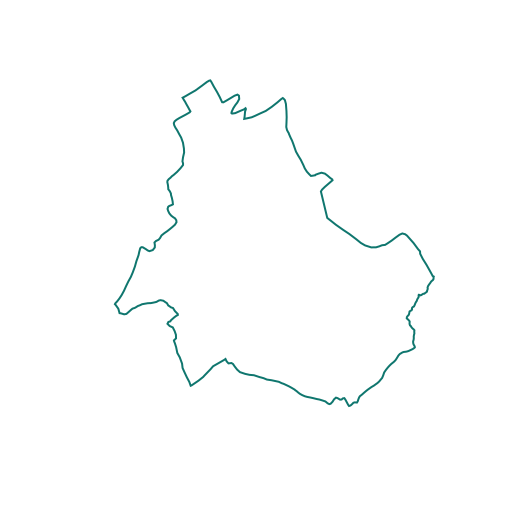 the district of Svay Antor, Prey Vêng, Cambodia, rotated 152°
{"feature_id": "14789045B38642504760800", "entity_name": "Svay Antor", "entity_type": "district", "adm_level": 2, "iso_a3": "KHM", "parent_name": "Cambodia", "parent_adm1": "Prey Vêng", "projection": "albers", "projection_center": [105.453, 11.505], "detail": "fine", "context": "isolated", "style": "outline", "palette": "teal", "viewbox_px": 512, "rotation_deg": 152, "n_neighbors": 0, "source": "geoboundaries", "source_scale": "gbopen_adm2", "svg_char_len": 5468}
<svg xmlns="http://www.w3.org/2000/svg" viewBox="0 0 512 512"><g transform="rotate(152 256 256)"><path d="M246.5,430.2L246.4,428.9L246.4,427.7L246.2,425.6L246.2,422.7L246.1,419.2L246.1,416.3L246.0,414.5L247.0,414.0L248.6,413.9L251.7,413.8L255.2,413.8L258.8,413.8L262.2,413.6L264.6,413.1L266.2,411.9L266.8,409.9L266.9,407.3L266.6,403.9L266.6,399.6L266.5,395.7L267.3,390.3L269.2,384.7L270.9,381.1L274.1,377.4L276.5,374.1L276.9,372.1L277.7,370.6L281.3,369.0L286.2,367.3L290.8,366.2L292.9,365.9L294.6,365.3L297.0,364.8L298.8,364.0L299.6,362.9L300.4,360.1L301.3,357.8L302.1,356.1L301.7,353.6L301.8,351.1L302.4,349.8L303.0,346.8L304.0,343.3L305.1,340.6L306.4,340.6L309.2,340.9L310.4,340.7L312.0,339.1L312.4,337.0L312.5,334.3L311.9,331.4L310.9,329.2L309.8,327.2L309.6,325.0L310.3,323.2L312.8,321.7L316.0,320.9L319.4,320.2L322.7,319.6L326.2,319.2L329.8,318.5L332.3,316.9L334.3,316.1L337.3,316.2L339.3,315.6L340.2,313.0L341.4,311.0L344.4,309.7L347.8,310.3L349.0,311.7L350.1,313.9L351.9,316.9L353.1,317.6L354.6,317.2L357.3,314.3L359.2,312.0L360.7,310.6L364.0,307.6L367.9,303.5L372.6,299.3L376.3,296.3L380.6,293.5L384.3,290.8L385.1,290.2L389.0,287.2L393.1,284.5L396.6,282.6L399.9,281.1L402.3,280.3L403.2,279.7L402.9,278.7L402.6,276.4L402.3,274.2L402.5,273.2L403.3,269.6L402.0,268.6L399.8,266.4L397.6,265.7L394.6,266.4L391.7,267.1L389.8,267.5L388.5,267.3L387.7,267.1L386.2,267.1L383.8,267.3L381.7,267.0L379.2,266.9L376.1,265.9L373.7,265.1L371.0,263.8L369.1,263.2L367.0,262.6L365.4,262.2L362.7,262.3L361.0,261.8L358.8,260.0L358.2,258.8L357.7,257.8L356.8,256.2L356.7,253.5L356.0,252.3L355.2,250.6L353.7,249.0L353.5,246.1L353.4,245.2L352.3,241.5L352.7,240.6L354.5,240.6L357.0,240.2L359.5,239.6L361.5,239.1L362.3,238.5L364.3,238.9L366.0,237.7L365.1,234.7L363.0,232.0L363.1,227.9L363.7,224.0L365.3,220.8L368.1,220.0L368.4,218.9L368.6,216.9L369.3,213.1L371.0,207.3L370.9,202.3L371.8,195.7L373.4,191.6L373.7,187.3L374.0,181.5L374.0,176.1L374.6,172.1L373.7,172.0L365.4,172.9L361.6,173.6L359.4,174.0L357.8,174.6L348.9,177.5L347.2,178.2L345.6,178.8L332.7,179.2L331.3,179.4L331.4,176.8L330.7,174.1L327.9,173.0L327.0,171.4L326.7,168.6L326.0,164.6L324.7,161.0L320.9,157.0L317.5,154.1L313.8,151.7L309.5,147.2L308.8,146.6L306.6,144.5L304.4,141.8L300.6,139.0L294.9,134.2L293.0,131.6L292.4,131.0L291.5,130.0L290.3,128.4L288.2,125.6L286.5,123.0L284.5,119.7L284.4,119.1L283.7,117.9L282.9,115.8L282.0,113.8L280.6,111.6L278.7,109.2L276.9,107.5L274.4,105.5L272.3,103.7L269.4,101.1L267.4,99.5L265.2,97.3L263.0,95.0L261.9,92.3L260.8,90.8L259.5,90.5L256.8,91.4L254.4,92.8L251.9,93.4L250.7,92.2L249.2,89.7L247.8,89.1L246.1,89.5L244.7,89.0L244.5,86.9L244.5,84.4L244.5,81.5L244.3,79.9L243.5,79.7L242.2,79.7L240.3,80.2L238.9,80.7L237.5,80.4L236.3,79.6L235.6,79.2L234.2,80.1L233.0,81.3L231.5,82.6L230.2,83.4L227.4,83.9L225.0,84.5L222.3,85.1L220.1,85.5L217.8,85.8L215.5,86.1L212.8,86.2L210.7,86.5L208.4,86.8L206.1,87.4L204.2,88.2L201.9,89.1L199.7,90.9L197.5,93.0L194.6,94.5L191.8,95.7L189.6,96.5L187.2,97.2L184.0,97.8L181.8,98.5L180.3,99.3L178.4,100.4L177.1,101.2L175.8,101.7L174.8,102.0L173.8,102.0L172.8,102.1L171.8,102.1L170.6,101.9L169.8,101.6L168.8,101.2L167.9,100.9L166.0,100.5L163.9,100.4L162.3,100.3L161.3,100.3L160.0,100.4L158.7,100.7L158.4,101.4L158.3,102.5L158.4,103.8L158.2,104.9L157.7,106.2L157.3,106.9L156.2,108.0L155.3,109.3L154.5,110.9L153.6,112.1L152.5,113.3L151.9,114.7L151.0,116.1L151.2,117.1L151.8,118.6L152.2,120.2L152.1,121.1L152.6,122.4L152.3,124.0L151.1,126.0L151.1,126.8L151.7,129.0L152.2,130.1L151.5,131.2L150.6,131.7L148.6,132.4L147.5,133.6L146.5,134.9L145.2,135.1L144.2,135.0L143.3,135.6L143.0,136.4L142.3,137.1L141.4,137.3L140.2,137.3L138.7,138.4L137.6,139.4L136.3,140.3L135.4,140.7L134.6,141.4L134.0,142.0L133.0,142.6L132.1,143.1L131.5,143.6L131.1,144.6L130.5,145.3L129.9,144.9L129.4,144.1L128.4,143.9L126.9,144.1L126.0,144.1L125.1,143.7L123.5,144.0L122.2,144.1L121.6,144.5L121.1,145.2L120.4,145.7L119.7,146.5L119.4,147.5L118.3,148.6L116.7,149.5L115.4,150.1L114.6,150.5L113.4,151.2L111.8,151.6L111.1,151.7L110.0,152.4L109.4,153.6L108.7,154.4L109.4,155.4L109.4,158.6L109.6,168.1L110.1,175.2L110.0,180.9L109.0,183.1L109.7,186.0L110.8,193.5L113.1,203.1L114.1,205.2L115.5,206.5L116.2,207.2L119.3,207.4L124.3,206.7L129.1,205.9L134.0,205.4L136.8,205.2L139.6,206.3L141.2,206.5L142.4,206.6L145.9,207.3L150.2,209.5L154.7,214.1L157.3,218.3L159.6,223.7L163.3,231.7L166.7,238.0L170.8,246.1L173.5,252.3L174.7,255.0L175.2,256.2L168.4,282.5L166.5,283.6L162.8,284.7L158.4,285.7L155.3,286.4L153.6,286.8L152.9,286.9L152.7,287.8L153.8,290.0L155.1,293.4L156.5,296.4L159.1,298.8L162.2,299.4L165.3,299.8L165.8,299.5L168.3,300.3L169.9,300.9L170.6,303.1L171.5,306.6L171.8,310.4L171.5,314.1L171.3,319.9L171.6,324.9L171.7,329.4L171.1,333.3L170.4,337.8L170.0,341.0L169.9,344.5L169.7,346.9L169.6,348.3L169.4,349.0L169.5,350.1L169.5,352.7L168.7,355.7L166.5,359.4L163.8,364.1L161.1,369.6L158.2,376.2L157.3,380.1L157.8,382.0L158.2,382.9L160.1,382.7L164.9,381.6L172.1,380.3L179.3,379.5L185.3,379.9L191.2,380.2L194.7,380.5L199.7,381.9L202.0,382.6L200.5,384.6L198.8,387.2L197.9,388.6L195.9,390.5L195.9,391.4L197.8,391.1L201.7,391.5L207.3,391.9L210.3,393.0L210.6,393.8L209.6,394.9L206.7,397.1L203.5,398.9L200.4,400.3L197.1,402.5L195.8,405.6L196.6,407.2L199.7,407.6L204.9,407.3L209.1,407.1L212.7,407.0L213.7,407.7L213.4,413.5L213.4,418.9L213.7,425.4L213.7,430.6L213.9,432.5L215.0,432.8L217.8,432.7L224.0,431.7L231.7,430.6L238.6,430.4L243.3,430.2L246.5,430.2Z" fill="none" stroke="#0f766e" stroke-width="2"/></g></svg>